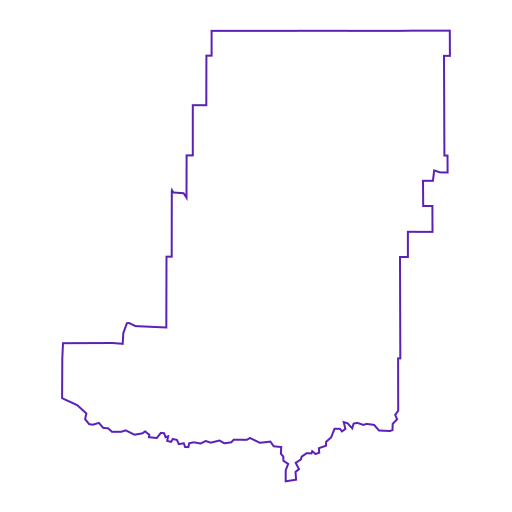 the district of Phillips, Montana, United States of America
{"feature_id": "52423323B56021233404886", "entity_name": "Phillips", "entity_type": "district", "adm_level": 2, "iso_a3": "USA", "parent_name": "United States of America", "parent_adm1": "Montana", "projection": "equal_earth", "projection_center": [-108.014, 48.225], "detail": "fine", "context": "isolated", "style": "outline", "palette": "violet", "viewbox_px": 512, "rotation_deg": 0, "n_neighbors": 0, "source": "geoboundaries", "source_scale": "gbopen_adm2", "svg_char_len": 1692}
<svg xmlns="http://www.w3.org/2000/svg" viewBox="0 0 512 512"><path d="M398.2,410.7L398.1,358.4L400.3,358.4L400.0,257.0L407.9,257.0L407.9,231.8L432.5,231.9L432.4,206.0L423.2,206.0L423.1,192.7L423.0,180.8L432.9,180.8L434.2,170.4L440.0,172.4L447.6,172.5L447.5,155.5L444.4,155.5L444.0,55.9L449.9,55.9L449.8,30.7L410.2,30.7L396.6,30.9L322.4,30.8L247.6,30.9L211.6,30.9L211.6,55.7L206.4,55.7L206.3,105.2L192.8,105.2L192.8,155.4L186.6,155.4L186.5,197.7L183.6,193.2L173.3,192.5L172.0,190.2L171.8,191.2L171.7,256.7L166.5,256.7L166.3,327.5L135.5,326.1L129.0,323.0L126.9,323.2L123.3,333.1L122.7,343.8L112.3,343.0L63.0,343.2L62.3,358.4L62.1,398.2L77.3,405.2L86.4,413.5L85.1,419.1L89.2,424.2L92.9,424.7L98.9,422.9L103.2,427.9L108.1,428.3L112.0,431.8L121.1,431.8L125.8,430.4L134.5,434.7L142.3,433.4L145.1,431.4L149.3,434.8L148.9,437.2L156.8,438.0L160.8,432.9L164.1,433.2L165.6,437.2L168.1,436.3L167.2,440.9L171.0,441.9L172.8,439.0L176.9,439.9L178.8,444.1L183.8,443.3L185.1,447.0L188.4,447.1L189.1,443.3L193.6,442.3L200.6,443.5L205.8,441.0L210.7,442.7L219.5,440.5L224.3,443.3L231.3,442.3L233.7,439.7L246.8,439.8L250.0,438.0L259.9,442.8L270.4,441.6L273.7,446.3L281.2,447.0L280.9,453.8L283.3,456.5L283.4,460.8L288.2,463.9L285.7,470.3L285.7,481.3L296.1,479.7L295.5,471.9L299.0,469.2L295.7,462.8L300.9,459.5L301.6,456.7L306.6,453.2L311.4,453.4L312.2,451.2L315.6,454.0L319.2,452.7L318.9,448.2L326.0,445.7L326.1,441.8L331.1,437.4L334.5,428.8L339.9,428.8L342.0,431.4L345.4,428.9L343.7,422.1L347.5,423.2L352.2,428.3L353.6,423.6L357.4,422.9L363.4,424.9L366.6,423.9L374.1,424.9L379.0,430.5L389.9,431.0L392.5,430.1L392.7,423.8L397.1,419.3L395.2,414.9L398.2,410.7Z" fill="none" stroke="#5b21b6" stroke-width="2"/></svg>